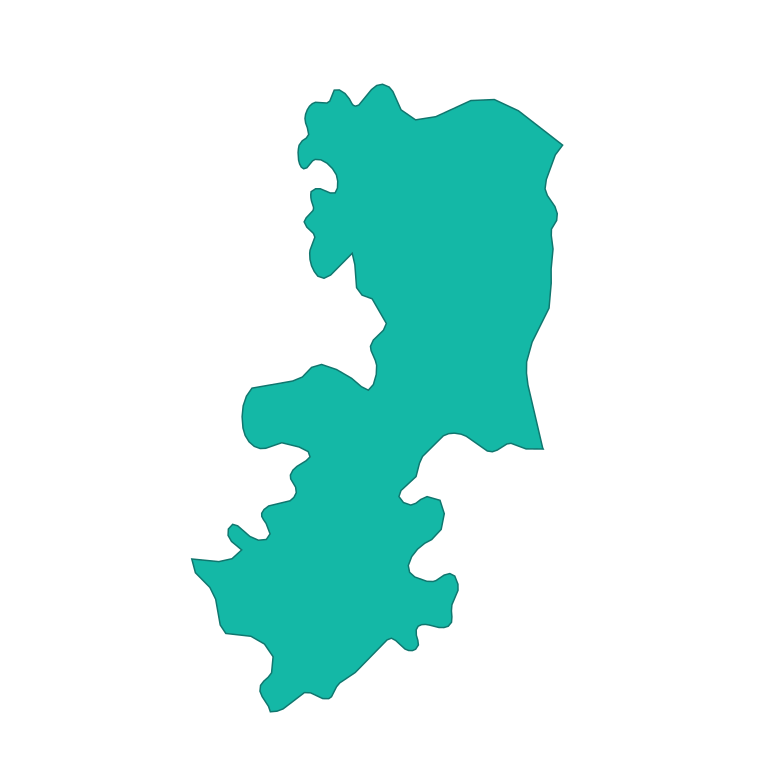 SVG path tracing the border of Catania, rotated 348°
{"feature_id": "ITA-5413", "entity_name": "Catania", "entity_type": "Province", "adm_level": 1, "iso_a3": "ITA", "parent_name": "Italy", "parent_adm1": "", "projection": "equal_earth", "projection_center": [14.756, 37.507], "detail": "fine", "context": "isolated", "style": "filled", "palette": "teal", "viewbox_px": 768, "rotation_deg": 348, "n_neighbors": 0, "source": "natural_earth", "source_scale": "10m", "svg_char_len": 3084}
<svg xmlns="http://www.w3.org/2000/svg" viewBox="0 0 768 768"><g transform="rotate(348 384 384)"><path d="M608.4,187.5L599.2,195.5L585.3,217.7L582.1,226.6L583.0,233.6L588.1,246.0L588.9,253.4L586.9,259.9L580.0,267.3L578.5,273.6L577.4,287.1L571.4,306.2L568.5,320.2L561.2,344.1L537.6,373.8L528.1,392.0L525.6,403.1L524.6,414.9L525.9,479.5L526.2,480.7L509.4,477.0L495.9,468.4L491.8,468.2L481.0,472.2L475.9,472.8L471.1,471.0L453.6,452.2L449.0,449.1L442.6,446.7L436.9,446.0L431.3,447.0L406.6,462.9L402.2,468.9L396.1,481.2L378.5,491.7L375.2,497.2L378.4,504.0L385.0,508.0L390.4,507.3L395.9,504.6L402.7,503.1L414.6,509.4L416.0,523.4L409.7,538.1L398.3,546.1L390.6,548.3L382.5,552.5L375.2,558.6L370.0,566.6L369.9,573.5L374.0,579.2L384.9,585.9L391.0,587.4L394.0,587.1L403.1,583.4L409.0,583.1L413.3,586.6L414.7,595.2L413.5,601.2L404.5,614.1L402.8,619.9L402.0,625.9L400.5,631.1L396.5,634.3L392.0,634.7L387.1,633.6L378.2,629.2L374.7,627.8L370.8,627.2L367.1,628.0L364.4,631.1L363.4,636.5L363.8,641.7L363.4,646.4L359.8,650.0L356.4,650.7L352.7,649.8L349.4,647.6L342.1,637.3L338.4,634.2L333.9,634.9L295.9,660.2L278.5,667.2L274.6,670.3L267.6,679.0L264.5,680.3L258.7,679.0L247.9,670.8L242.0,669.3L217.8,680.8L211.3,681.8L204.7,681.0L204.0,675.3L199.8,664.4L198.8,658.7L200.6,653.1L204.7,649.6L209.7,646.8L214.0,643.1L218.8,627.7L213.0,613.5L201.4,603.1L177.4,595.1L173.7,585.7L174.6,559.5L171.4,546.8L160.3,529.4L159.6,515.2L185.5,523.4L199.0,523.3L210.3,516.7L202.1,506.3L200.0,499.7L201.6,493.5L206.8,489.8L211.4,492.3L221.1,505.2L228.7,510.7L236.6,511.6L241.4,506.9L239.7,495.9L237.9,491.6L236.9,488.1L237.5,485.0L240.6,481.8L245.9,479.3L267.8,478.7L272.3,476.2L275.6,472.1L276.1,466.6L273.0,457.4L273.5,453.6L277.0,449.3L281.7,446.5L291.8,442.9L296.5,439.9L295.8,434.4L287.9,428.0L271.8,420.2L254.9,422.3L249.5,421.4L244.1,418.0L240.0,412.5L237.5,405.5L236.9,397.8L238.4,386.5L241.7,376.1L246.9,367.3L254.0,360.6L295.3,362.1L305.6,360.2L316.6,352.7L327.0,351.9L340.6,360.0L353.5,371.7L361.3,381.9L367.4,386.8L373.5,382.3L378.4,373.1L380.7,364.2L380.4,359.0L378.3,348.7L378.6,344.3L382.7,338.8L394.6,331.3L398.9,325.3L390.1,298.2L381.0,292.5L377.2,284.1L380.3,261.2L380.1,249.5L354.5,266.3L347.3,268.1L341.7,264.8L339.2,259.5L337.7,253.3L337.5,246.9L338.5,240.7L339.5,237.7L346.9,226.0L346.3,222.1L341.1,214.5L339.6,208.8L342.5,205.2L350.7,199.5L351.5,197.8L351.8,196.4L351.1,189.7L351.2,186.7L351.7,183.7L352.7,180.7L357.7,178.8L362.3,179.8L371.2,186.0L375.9,186.9L379.2,182.7L380.9,176.0L380.9,169.5L378.4,162.6L374.2,156.2L368.9,151.6L363.3,150.0L360.5,150.9L353.5,156.5L350.2,156.8L348.2,154.7L347.2,151.2L347.0,147.2L348.1,139.7L349.2,136.1L350.6,132.8L354.6,129.1L359.1,127.3L362.2,124.3L362.3,117.4L361.6,112.4L361.9,107.9L363.4,103.8L366.0,99.8L368.9,96.8L372.1,94.9L375.5,94.2L386.6,97.3L389.8,96.0L396.4,86.2L401.5,87.1L406.3,91.8L409.4,98.0L410.9,103.1L412.0,105.1L413.9,106.3L417.4,105.9L433.0,93.4L438.9,90.5L444.9,90.5L450.8,94.6L453.5,99.7L457.7,119.4L469.8,132.2L490.2,133.3L527.9,124.8L551.1,128.7L572.3,144.7L608.4,187.5Z" fill="#14b8a6" stroke="#0f766e" stroke-width="1.5"/></g></svg>